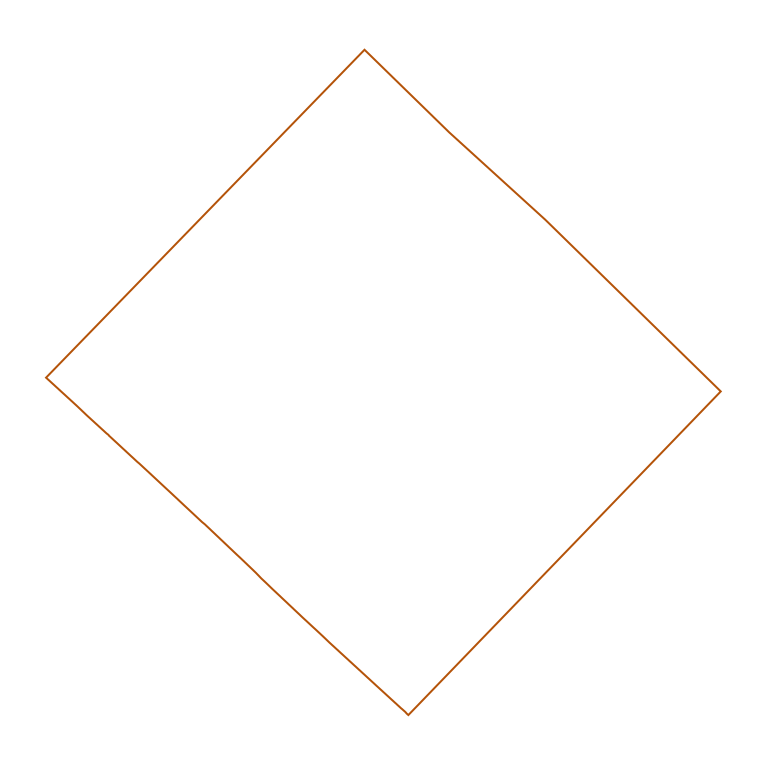 the district of Decatur, Iowa, United States of America, rotated 44°
{"feature_id": "52423323B8791661398177", "entity_name": "Decatur", "entity_type": "district", "adm_level": 2, "iso_a3": "USA", "parent_name": "United States of America", "parent_adm1": "Iowa", "projection": "equal_earth", "projection_center": [-93.771, 40.737], "detail": "fine", "context": "isolated", "style": "outline", "palette": "amber", "viewbox_px": 768, "rotation_deg": 44, "n_neighbors": 0, "source": "geoboundaries", "source_scale": "gbopen_adm2", "svg_char_len": 657}
<svg xmlns="http://www.w3.org/2000/svg" viewBox="0 0 768 768"><g transform="rotate(44 384 384)"><path d="M631.4,155.4L386.0,153.8L256.1,157.7L137.8,157.1L136.5,614.2L178.3,613.1L192.2,613.0L218.1,612.3L219.5,612.2L221.1,612.0L222.0,612.2L222.6,612.2L246.1,611.7L260.2,611.4L261.9,611.3L263.0,611.2L311.2,610.3L324.9,610.1L348.9,609.7L352.4,609.4L396.8,609.0L401.2,608.9L422.8,608.8L430.9,609.1L436.8,609.0L446.4,609.0L452.8,608.9L487.5,608.5L501.8,608.2L510.7,608.0L518.2,607.9L521.0,607.9L524.3,607.9L587.8,606.3L621.5,605.4L621.9,605.4L622.5,605.3L627.3,605.1L629.3,605.3L631.5,605.2L631.4,155.4Z" fill="none" stroke="#b45309" stroke-width="2"/></g></svg>